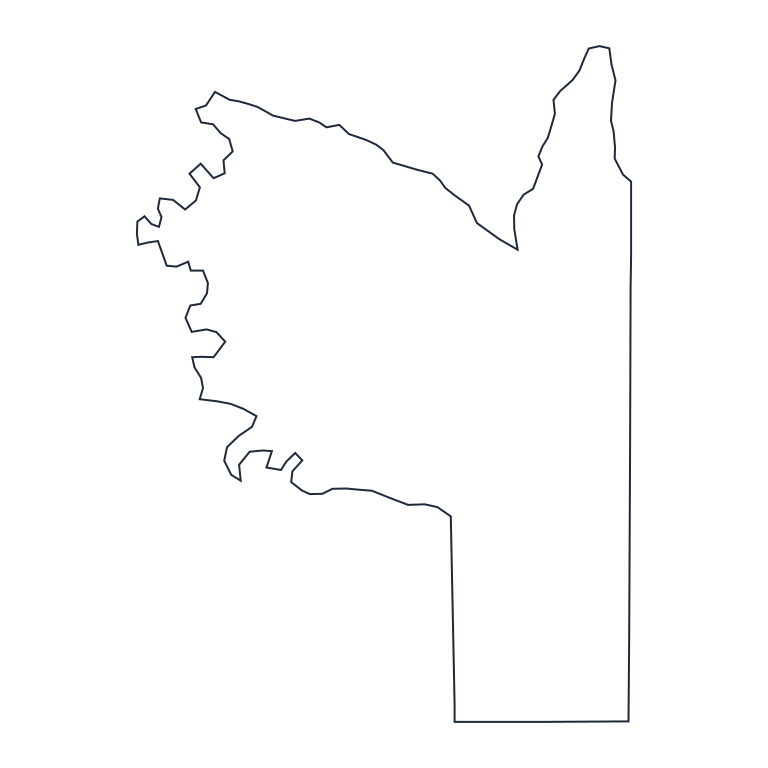 Bela Vista do Paraíso, Paraná, Brazil
{"feature_id": "56859067B35411296516238", "entity_name": "Bela Vista do Paraíso", "entity_type": "district", "adm_level": 2, "iso_a3": "BRA", "parent_name": "Brazil", "parent_adm1": "Paraná", "projection": "mercator", "projection_center": [-51.271, -23.009], "detail": "fine", "context": "isolated", "style": "outline", "palette": "slate", "viewbox_px": 768, "rotation_deg": 0, "n_neighbors": 0, "source": "geoboundaries", "source_scale": "gbopen_adm2", "svg_char_len": 1854}
<svg xmlns="http://www.w3.org/2000/svg" viewBox="0 0 768 768"><path d="M215.0,91.9L206.0,105.5L195.7,109.0L201.1,122.4L213.1,124.3L220.7,133.2L229.2,139.0L232.7,151.4L223.5,160.3L224.7,173.3L213.6,178.2L200.7,163.7L189.5,173.7L199.9,187.3L195.9,200.5L185.1,209.5L173.1,199.9L159.8,198.4L157.9,208.6L161.5,217.2L158.9,226.9L151.3,224.0L144.5,216.3L137.4,221.6L136.9,233.8L138.4,244.8L148.1,242.5L157.9,241.0L166.7,265.7L176.6,266.6L188.2,261.7L190.8,270.6L203.0,270.6L207.9,283.1L207.0,293.2L200.7,303.8L190.3,305.5L185.5,317.9L191.7,331.9L206.5,329.4L216.4,332.1L225.2,341.7L213.6,357.2L201.6,356.8L192.2,357.2L194.5,367.4L201.1,377.9L203.0,388.1L199.7,399.2L217.1,401.3L230.4,403.8L243.5,408.9L256.5,416.2L252.0,426.8L238.6,436.0L227.0,447.2L224.2,460.7L231.3,474.9L240.7,480.7L239.1,464.7L249.7,451.7L262.6,450.5L271.9,451.1L266.5,467.5L281.0,470.0L286.2,461.7L295.2,453.0L302.3,460.4L292.4,471.3L291.2,482.1L301.8,490.4L309.8,494.1L322.3,493.8L332.5,488.8L346.4,488.5L359.8,489.8L371.8,490.7L388.8,497.5L397.6,500.9L408.2,504.9L424.7,504.3L437.4,507.1L450.8,516.4L454.6,704.9L454.6,721.9L539.6,721.9L628.5,721.4L629.2,633.2L630.1,444.9L630.6,287.6L631.1,255.5L631.1,181.6L623.0,174.6L614.7,158.6L615.0,147.1L613.6,131.3L611.0,120.9L612.0,103.0L615.5,80.4L611.5,64.4L609.3,48.3L599.4,46.1L588.8,48.5L584.8,57.2L579.4,70.6L572.6,80.0L560.1,91.1L553.5,99.8L554.9,113.7L551.3,126.4L547.8,137.9L542.4,146.5L538.4,156.4L542.1,164.6L533.1,188.8L523.7,194.6L517.1,204.2L514.0,215.4L514.3,229.3L517.6,249.7L499.2,239.1L477.0,223.1L469.0,205.6L454.2,195.0L445.2,187.8L440.0,180.5L432.7,173.7L417.6,169.9L406.1,166.5L392.8,162.6L383.4,150.1L376.3,144.7L366.0,139.9L349.0,134.1L339.3,124.9L326.4,127.3L319.2,122.4L309.4,118.6L295.0,120.9L273.0,115.6L257.7,107.0L248.8,104.1L238.6,101.3L229.6,99.8L215.0,91.9Z" fill="none" stroke="#1e293b" stroke-width="2"/></svg>